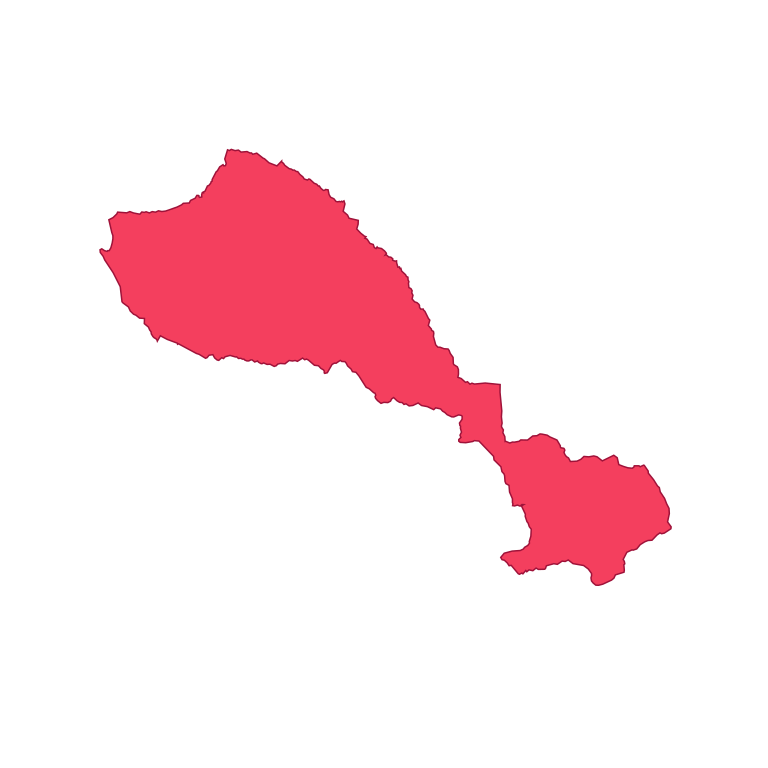 the district of Chiojdeni, Vrancea, Romania, rotated 148°
{"feature_id": "2599482B77515537465857", "entity_name": "Chiojdeni", "entity_type": "district", "adm_level": 2, "iso_a3": "ROU", "parent_name": "Romania", "parent_adm1": "Vrancea", "projection": "orthographic", "projection_center": [26.832, 45.598], "detail": "fine", "context": "isolated", "style": "filled", "palette": "rose", "viewbox_px": 768, "rotation_deg": 148, "n_neighbors": 0, "source": "geoboundaries", "source_scale": "gbopen_adm2", "svg_char_len": 6164}
<svg xmlns="http://www.w3.org/2000/svg" viewBox="0 0 768 768"><g transform="rotate(148 384 384)"><path d="M562.6,592.6L562.4,591.1L559.9,584.8L560.5,580.3L559.4,575.9L557.9,573.8L556.4,569.4L552.4,566.5L555.3,562.2L553.6,557.1L554.1,554.0L553.9,551.8L554.8,549.7L554.8,546.6L554.3,544.7L553.5,543.6L553.2,541.5L553.5,540.5L548.1,543.4L544.2,536.7L537.6,528.1L538.0,527.1L537.0,527.0L526.9,509.3L525.1,507.2L521.7,500.4L520.1,500.1L517.1,501.1L513.6,499.6L513.8,495.8L512.8,492.8L511.6,491.6L507.7,492.3L506.6,490.6L504.3,491.3L499.4,489.8L495.6,485.6L494.6,485.2L493.9,482.8L491.7,481.6L491.0,480.2L489.6,479.3L489.4,478.1L488.0,476.2L486.4,475.2L484.0,475.0L483.0,474.2L482.0,471.2L479.0,470.5L478.9,469.1L477.6,466.6L476.8,465.9L474.9,465.6L472.8,462.6L470.1,461.1L467.8,457.1L465.6,456.6L463.7,457.2L461.1,456.4L457.2,453.6L452.0,454.2L449.4,452.0L446.9,451.0L445.4,449.1L439.3,449.1L438.4,446.6L436.5,446.2L435.4,444.3L433.1,436.8L429.9,434.2L429.2,430.5L427.8,428.0L427.8,426.7L428.8,425.1L428.6,424.4L426.1,423.6L417.7,428.1L415.1,428.0L413.6,427.0L408.6,427.2L407.8,425.4L405.3,423.7L405.0,421.6L405.3,418.6L404.0,414.1L404.2,411.2L401.6,408.8L401.0,404.2L400.9,390.7L399.0,387.7L397.4,382.1L396.5,380.9L396.9,378.9L398.3,378.0L398.7,376.3L398.3,373.4L396.8,369.2L393.8,368.5L390.6,366.2L387.6,366.0L385.4,367.3L383.0,367.4L381.9,363.0L380.5,360.2L378.4,358.6L377.9,356.1L375.8,355.5L374.3,352.1L370.9,350.5L365.1,349.8L363.6,345.9L359.2,341.8L355.4,335.9L352.8,336.4L349.2,332.9L348.7,329.9L347.5,327.6L346.7,324.5L344.0,320.3L342.3,319.1L337.0,318.2L335.1,316.3L334.8,315.2L336.5,312.7L340.7,310.9L341.6,308.7L341.4,307.7L342.7,305.9L343.8,302.1L346.7,300.3L347.1,297.9L350.0,297.3L350.9,295.9L350.3,294.1L345.8,290.9L339.2,288.2L337.4,288.1L333.7,285.3L329.4,264.6L330.9,261.3L328.7,251.9L330.4,247.2L329.9,244.1L330.3,242.4L333.0,237.2L333.4,234.9L331.7,231.8L334.8,225.8L335.9,218.6L337.9,215.4L338.2,214.0L339.4,212.7L337.9,211.4L335.0,210.6L333.3,208.3L330.9,208.7L329.5,207.7L331.5,207.7L332.1,207.1L333.1,198.7L334.4,196.9L335.7,191.5L335.5,189.6L336.4,186.0L336.1,182.8L340.1,177.1L344.3,173.4L345.0,171.9L347.6,170.9L351.4,171.0L353.2,170.2L356.7,170.6L363.9,174.4L371.7,176.8L376.9,175.1L377.0,172.5L375.3,170.7L374.3,167.0L374.2,163.6L372.2,162.8L370.7,152.0L370.0,150.9L367.3,150.6L366.8,149.4L362.6,150.7L362.4,149.1L359.5,149.5L356.7,146.8L352.6,147.3L351.4,145.0L346.0,141.8L344.9,141.9L342.6,143.8L335.2,141.6L332.5,139.2L326.8,139.4L324.4,137.5L321.0,137.1L318.9,131.5L310.9,124.3L308.8,118.9L308.4,113.4L309.4,111.6L311.2,109.9L312.4,107.1L312.1,104.4L311.0,101.2L308.7,99.6L304.5,98.3L294.9,97.1L291.9,97.5L288.9,99.5L280.2,97.2L278.9,98.7L276.4,103.6L275.1,103.9L274.2,106.2L274.1,108.5L267.2,112.6L261.6,111.9L260.8,111.1L257.1,110.2L251.8,112.0L246.5,112.0L243.1,111.4L239.5,109.5L232.4,111.3L228.9,111.5L227.9,109.9L225.3,109.0L217.4,109.2L216.2,110.7L216.6,116.8L210.7,122.9L208.2,127.5L207.8,132.5L206.7,138.3L206.9,146.1L205.4,150.3L206.1,152.6L206.1,160.0L207.1,168.3L206.1,170.2L206.4,177.1L206.8,177.6L210.6,178.1L211.1,179.5L215.1,182.0L216.2,181.1L218.1,181.0L221.6,183.7L224.6,187.2L227.6,191.2L225.3,197.9L226.9,201.8L239.6,203.1L241.9,209.4L244.2,211.8L248.9,213.7L252.8,216.6L256.9,215.8L261.2,216.3L267.0,219.5L266.7,223.5L267.8,225.8L268.0,228.3L267.6,230.6L265.7,232.1L265.5,233.5L265.6,234.2L267.8,236.2L267.8,237.2L267.2,238.2L267.0,244.8L271.4,251.3L272.7,254.1L276.5,257.7L278.2,259.0L281.7,259.1L285.4,261.1L292.0,260.4L297.7,264.1L299.7,263.8L304.3,265.6L305.8,266.7L308.6,267.3L311.2,271.0L311.7,271.1L309.4,275.4L309.0,279.7L307.1,281.8L307.1,285.2L306.5,286.3L304.6,288.2L301.8,294.0L298.4,298.7L290.0,315.5L285.8,322.0L297.7,331.2L307.3,336.0L309.0,338.1L311.2,338.3L312.0,341.7L314.0,342.2L315.6,347.7L317.8,350.5L315.6,352.9L313.2,356.9L312.7,359.7L314.5,363.4L314.4,364.5L311.3,370.0L311.6,374.8L311.0,377.9L311.1,379.7L314.4,382.1L316.9,385.4L318.8,386.7L319.4,389.8L316.9,398.1L314.9,400.6L314.2,402.4L315.2,404.2L314.7,405.5L315.4,410.1L311.3,413.9L311.6,416.0L310.8,423.9L311.3,425.8L311.0,426.7L313.2,428.1L313.2,430.3L312.3,431.8L312.2,433.1L312.9,435.5L314.5,437.5L315.1,441.2L312.4,443.9L312.2,446.5L310.7,448.2L310.6,450.6L311.8,452.6L309.8,456.6L308.7,457.5L308.4,459.6L307.1,461.9L308.0,463.3L307.8,465.3L309.2,470.4L308.4,473.2L309.3,473.5L308.9,475.1L310.3,475.7L309.1,480.0L308.1,481.8L309.5,482.3L311.1,484.4L310.2,485.6L311.0,487.9L312.7,489.3L313.6,492.5L314.5,492.7L312.8,493.4L312.7,494.0L313.0,496.5L314.3,500.2L317.1,502.8L317.2,503.9L319.0,503.1L319.9,504.8L319.2,508.0L321.4,510.7L321.6,515.9L323.0,517.8L321.2,518.5L322.2,519.6L323.8,524.2L325.0,529.9L321.3,533.2L319.1,536.4L325.8,543.1L325.4,546.6L327.1,552.1L321.7,557.4L320.9,560.5L322.8,560.5L323.0,561.4L324.5,561.6L325.1,562.5L326.7,563.0L328.0,564.3L328.3,567.6L330.3,570.7L330.2,573.8L328.5,578.3L330.6,580.0L331.6,579.7L332.8,580.3L333.8,583.3L333.9,586.2L334.8,586.7L335.2,589.1L336.8,591.2L338.3,596.7L339.1,597.7L340.8,597.5L343.0,600.1L343.0,602.5L344.3,606.4L344.6,609.8L345.8,610.8L346.8,613.1L348.0,613.6L348.6,615.2L350.3,616.9L352.3,622.1L352.3,624.3L353.1,626.7L352.7,627.3L359.2,625.7L364.3,632.5L366.0,638.4L366.9,639.7L369.6,647.2L373.6,648.4L373.9,650.1L375.3,651.0L377.0,653.7L382.3,656.4L383.5,659.5L386.6,660.8L389.2,663.9L391.4,663.9L392.6,665.5L399.8,659.2L400.9,654.7L402.7,653.2L404.2,653.8L404.3,655.3L408.3,655.2L412.3,653.1L413.9,652.9L421.3,648.5L422.3,647.1L423.3,647.2L424.4,646.2L427.3,645.2L428.8,645.5L433.5,642.4L435.1,642.5L435.6,641.9L435.8,642.6L436.7,642.6L438.4,641.1L439.4,639.2L441.4,639.9L441.7,640.9L441.2,641.7L441.4,642.2L442.8,643.1L445.7,641.6L450.8,642.2L453.2,640.7L458.5,643.6L460.7,643.2L465.7,643.7L477.6,646.4L481.0,648.0L483.5,650.4L486.7,650.8L489.2,653.0L492.3,653.4L494.5,656.1L496.4,656.6L498.2,658.2L501.1,657.4L505.8,661.8L508.2,664.9L511.5,665.5L518.8,670.9L520.5,669.8L525.6,668.7L530.3,669.1L534.6,656.6L535.3,653.5L536.9,650.9L539.8,647.6L543.4,644.3L546.3,642.7L547.6,643.5L548.5,643.2L550.3,645.1L551.7,648.2L553.7,648.3L554.9,645.9L554.5,641.1L555.1,637.1L554.7,622.0L556.1,606.3L562.6,592.6Z" fill="#f43f5e" stroke="#9f1239" stroke-width="1.5"/></g></svg>